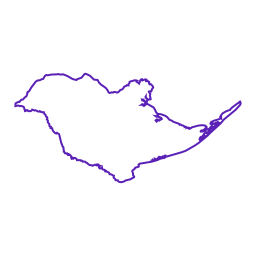 Chame, Panama
{"feature_id": "35544464B5601098588879", "entity_name": "Chame", "entity_type": "district", "adm_level": 2, "iso_a3": "PAN", "parent_name": "Panama", "parent_adm1": "", "projection": "orthographic", "projection_center": [-79.873, 8.613], "detail": "fine", "context": "isolated", "style": "outline", "palette": "violet", "viewbox_px": 256, "rotation_deg": 0, "n_neighbors": 0, "source": "geoboundaries", "source_scale": "gbopen_adm2", "svg_char_len": 5877}
<svg xmlns="http://www.w3.org/2000/svg" viewBox="0 0 256 256"><path d="M15.4,106.1L18.6,105.5L19.6,106.1L21.5,106.0L23.1,106.6L24.0,107.4L25.0,111.1L25.5,111.1L26.2,110.2L26.6,110.1L27.5,110.2L27.7,110.8L28.5,111.2L30.8,111.1L31.9,110.2L32.2,109.6L34.5,110.5L35.4,110.2L38.3,111.6L39.1,111.6L39.8,111.1L40.7,111.9L41.7,111.9L42.0,112.2L43.1,112.4L43.8,112.2L44.3,113.8L45.5,114.8L46.0,116.5L46.7,116.8L47.3,117.7L47.3,118.6L46.8,119.3L47.9,120.6L47.8,122.3L49.3,124.0L49.4,125.9L49.9,126.5L50.8,126.7L50.5,127.3L50.6,128.1L52.2,128.3L52.4,129.5L53.4,131.4L55.1,133.1L56.3,133.5L56.9,132.8L59.1,134.2L61.5,143.8L62.0,144.3L62.4,146.2L63.4,147.2L63.6,149.5L63.8,149.8L63.7,151.6L64.3,151.7L64.9,153.2L65.7,153.2L66.5,153.7L67.1,153.4L67.3,153.8L68.2,154.0L68.3,154.3L67.7,154.6L68.1,155.1L69.0,155.0L69.6,154.5L71.4,156.4L71.5,156.8L71.1,157.4L71.6,158.7L72.5,158.1L72.9,158.7L73.3,158.8L73.8,157.9L75.0,157.9L76.5,158.9L77.0,160.2L80.1,160.1L80.7,160.7L81.7,160.5L82.8,161.7L83.7,161.4L85.4,161.9L86.1,162.7L87.2,163.0L87.9,163.8L89.6,165.1L91.6,165.2L92.5,165.8L94.7,164.8L95.6,164.8L96.2,165.3L97.3,165.4L97.3,164.4L98.5,164.6L99.3,165.6L100.0,165.8L98.9,166.2L99.4,166.8L99.0,167.6L99.9,168.5L101.2,168.3L102.0,167.6L102.1,168.7L102.7,169.4L104.7,169.9L105.2,171.4L105.6,171.5L106.1,171.0L107.0,171.7L108.7,172.4L109.5,173.6L109.6,174.2L110.3,174.2L111.7,174.6L112.9,175.4L113.9,175.7L113.6,177.6L115.5,179.4L115.6,180.2L117.9,180.4L118.2,181.2L119.1,181.9L121.5,182.2L124.0,181.5L125.5,180.5L130.7,179.2L131.8,178.4L134.0,177.3L134.2,176.7L133.1,175.2L133.0,173.3L132.3,171.4L132.4,170.6L134.8,168.7L135.2,167.7L138.6,166.7L138.9,166.2L138.5,164.7L139.7,163.7L151.6,161.7L157.0,160.2L160.1,158.8L164.4,157.7L164.9,156.5L164.2,157.1L161.9,157.8L159.8,158.0L156.6,159.8L154.4,160.1L153.2,160.7L152.9,160.5L153.0,160.1L153.3,160.5L154.2,160.0L152.9,159.8L153.1,159.7L155.3,159.8L155.7,159.5L155.4,158.9L156.2,159.2L157.1,159.1L159.0,156.8L161.9,157.3L162.6,156.4L164.1,156.4L164.7,155.7L165.3,155.5L165.8,155.7L166.0,156.1L165.1,156.5L165.1,157.4L165.9,156.8L181.8,152.2L185.6,150.8L194.6,145.7L199.0,142.7L207.6,135.6L209.2,133.8L220.5,123.5L224.0,119.4L235.6,109.8L240.0,105.0L240.6,103.9L240.6,103.0L240.2,101.6L239.6,101.7L238.5,103.0L237.7,103.3L232.6,107.1L230.7,108.8L230.1,109.9L226.5,111.1L222.7,113.3L221.4,114.8L220.9,115.9L221.2,116.9L221.0,118.5L221.3,118.7L221.9,118.5L221.6,118.8L220.9,118.6L221.0,117.0L220.3,116.8L220.2,117.7L219.7,118.8L219.2,119.1L214.0,120.7L211.6,121.8L210.5,123.1L210.4,123.7L210.8,124.1L211.3,123.9L212.1,123.0L212.0,122.6L214.3,123.9L215.8,122.7L218.0,122.0L219.3,122.9L219.4,123.7L216.9,125.9L216.1,127.0L214.3,128.1L214.2,128.7L213.9,128.8L213.8,128.2L213.5,128.2L212.9,130.0L210.2,131.5L209.1,132.8L208.3,134.5L207.1,135.3L205.8,136.6L205.4,136.8L204.6,135.7L203.9,137.7L201.4,138.2L200.7,139.9L200.1,140.3L199.5,139.4L200.2,137.5L200.9,136.9L202.7,136.3L203.8,134.2L205.2,132.8L205.2,131.8L205.6,130.6L205.4,130.2L204.0,130.5L202.9,131.5L202.0,131.5L201.7,130.9L201.2,131.0L200.8,131.5L200.7,131.4L201.3,130.5L201.9,130.4L202.7,130.8L203.5,129.9L204.5,129.4L205.6,128.0L206.6,127.5L206.5,126.7L204.9,125.5L201.8,125.2L198.2,125.6L192.0,127.3L190.8,128.2L190.9,128.9L190.5,128.1L189.9,128.0L189.7,128.8L189.2,128.9L188.0,127.6L187.4,128.0L186.3,127.1L186.1,127.4L186.0,127.0L185.1,126.7L184.7,126.9L184.7,126.6L183.0,125.5L181.9,125.4L180.3,124.4L179.6,124.7L179.5,124.2L178.6,123.6L174.7,122.3L173.0,121.6L171.8,120.6L169.5,119.8L167.1,117.0L165.0,115.7L161.2,114.3L158.2,113.9L157.9,114.0L157.8,114.6L158.3,116.5L161.4,118.0L161.9,120.0L161.4,119.1L159.0,120.7L157.0,119.7L155.9,120.4L156.0,120.9L156.6,121.5L156.5,121.8L155.9,121.9L156.4,121.6L155.6,120.4L156.6,119.5L157.5,119.4L158.4,120.3L159.1,120.5L161.4,118.6L160.8,118.0L158.2,117.0L157.7,116.3L156.3,116.7L155.7,116.2L156.8,116.4L157.4,116.1L157.4,113.6L156.1,112.3L155.0,109.7L153.9,107.9L152.9,107.0L149.4,105.1L148.9,105.0L148.9,105.3L148.7,104.7L147.5,104.1L146.0,104.2L144.1,105.9L143.4,105.8L142.5,104.6L141.5,104.7L142.0,104.3L142.7,104.2L143.3,105.3L143.9,105.5L144.9,103.8L146.4,103.1L143.1,100.4L142.2,100.4L142.0,99.6L143.2,100.0L143.4,98.7L143.7,100.3L146.7,102.5L147.0,100.9L147.7,100.1L145.6,97.4L145.5,96.9L145.8,96.4L145.8,97.3L148.0,99.7L149.5,99.5L149.2,98.7L150.0,99.4L150.3,99.3L150.2,99.0L150.6,98.9L150.6,98.4L149.9,95.7L150.3,93.8L149.6,93.1L148.4,91.0L149.2,91.6L151.2,91.4L151.1,90.8L151.8,90.0L151.8,89.5L152.5,88.3L153.2,87.7L152.7,86.1L150.7,84.1L149.5,84.3L148.9,82.7L149.2,82.2L149.1,81.8L147.0,80.8L146.6,81.1L146.0,81.1L145.9,80.5L146.8,80.2L146.2,79.5L145.1,79.4L142.2,80.5L141.5,80.1L141.7,79.3L141.2,79.4L140.7,79.7L139.7,81.8L139.7,82.5L139.1,83.0L139.0,83.5L138.2,82.8L136.4,81.7L136.3,81.0L136.9,80.6L135.9,80.3L134.2,80.3L132.9,80.9L130.7,81.3L129.5,82.0L129.5,83.0L128.4,84.4L128.5,85.4L126.7,85.2L126.2,85.9L124.2,86.6L123.3,88.2L122.4,89.3L120.1,90.1L119.4,91.2L118.1,92.2L117.0,92.6L114.8,91.9L113.6,92.1L113.1,92.6L111.4,92.3L110.8,92.7L109.7,93.0L108.6,92.4L107.5,90.1L105.5,87.7L101.0,84.6L99.1,82.7L97.6,80.0L94.0,79.6L89.9,75.7L85.8,73.8L84.6,74.0L81.5,77.7L77.2,79.2L76.6,80.0L72.7,79.1L67.4,76.0L63.0,74.3L60.8,74.6L58.0,74.1L57.3,74.3L51.0,74.6L47.8,75.3L46.2,75.0L45.0,75.9L43.1,79.0L41.7,79.2L39.9,80.2L37.5,80.5L35.7,81.7L31.3,87.5L29.1,91.2L27.5,92.2L27.6,92.8L27.3,93.1L27.0,94.8L26.2,96.5L24.8,97.4L22.9,99.5L21.2,99.8L19.4,102.0L18.5,101.8L15.6,103.3L15.4,106.1ZM217.5,124.4L218.6,122.7L217.8,122.4L216.0,122.8L215.5,123.6L214.2,124.2L212.5,123.4L212.1,123.9L211.7,126.1L211.9,126.7L210.4,127.2L209.6,128.5L208.6,129.1L207.5,129.4L206.6,129.1L205.6,129.8L205.9,131.1L205.3,132.4L205.6,132.9L207.1,133.1L207.6,132.9L208.2,132.3L208.2,131.6L208.7,130.7L211.4,127.9L211.6,128.1L211.3,129.1L212.5,127.8L212.5,127.0L213.1,126.7L214.5,126.7L215.6,125.5L217.5,124.4Z" fill="none" stroke="#5b21b6" stroke-width="2"/></svg>